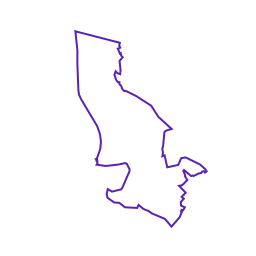 outline of Rathfarnham-Templeogue Lea-7, South Dublin, Ireland, rotated 26°
{"feature_id": "5873133B53236888047541", "entity_name": "Rathfarnham-Templeogue Lea-7", "entity_type": "district", "adm_level": 2, "iso_a3": "IRL", "parent_name": "Ireland", "parent_adm1": "South Dublin", "projection": "mercator", "projection_center": [-6.311, 53.305], "detail": "fine", "context": "isolated", "style": "outline", "palette": "violet", "viewbox_px": 256, "rotation_deg": 26, "n_neighbors": 0, "source": "geoboundaries", "source_scale": "gbopen_adm2", "svg_char_len": 1373}
<svg xmlns="http://www.w3.org/2000/svg" viewBox="0 0 256 256"><g transform="rotate(26 128 128)"><path d="M115.9,174.7L124.6,171.9L135.5,165.0L140.6,160.9L142.6,160.7L147.6,164.5L148.3,166.3L149.1,184.6L148.7,186.2L141.5,192.2L136.6,191.8L137.8,196.8L140.2,199.7L148.1,201.0L153.0,199.1L160.0,200.6L171.3,195.8L171.2,192.5L177.5,194.0L182.8,193.6L186.9,194.3L201.1,193.5L210.3,197.6L213.5,185.7L213.2,179.9L212.3,179.9L212.1,178.1L213.5,177.8L213.9,174.4L209.7,174.5L207.9,171.4L209.2,167.1L206.4,166.4L208.2,160.9L199.3,157.6L201.8,155.6L204.1,148.8L200.5,146.5L200.1,145.4L196.5,142.2L196.8,141.2L205.8,143.5L207.0,142.3L207.9,142.5L211.5,137.8L213.5,136.4L213.7,134.8L215.0,133.6L216.7,134.3L217.7,132.5L215.2,131.0L208.5,129.2L192.7,129.2L189.1,131.7L189.3,139.2L180.5,146.1L172.9,136.6L171.3,138.3L170.2,134.7L167.9,131.7L167.6,129.3L162.5,115.5L163.4,113.7L167.6,109.7L150.4,104.7L139.1,97.8L121.4,95.7L110.3,95.6L108.4,96.4L105.5,95.3L103.6,93.2L101.0,92.3L100.2,90.6L98.8,91.2L96.2,89.9L92.4,86.0L92.1,82.4L94.3,83.3L97.3,83.1L96.0,79.4L91.0,71.4L92.2,66.7L90.1,65.9L88.6,63.9L88.1,64.7L84.1,61.1L85.8,59.2L84.0,57.9L83.3,55.0L39.2,64.0L38.3,64.1L48.3,80.1L54.4,92.6L66.9,115.9L69.5,119.6L73.1,122.6L99.4,139.8L105.6,145.9L109.9,152.6L112.3,159.1L113.4,168.8L114.4,170.3L113.1,170.4L116.1,173.0L115.9,174.7Z" fill="none" stroke="#5b21b6" stroke-width="2"/></g></svg>